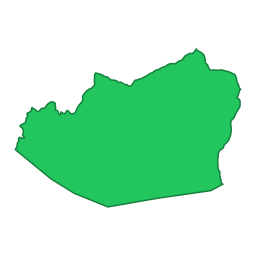 Dewathang, Samdrup Jongkhar, Bhutan
{"feature_id": "84629894B17444418606578", "entity_name": "Dewathang", "entity_type": "district", "adm_level": 2, "iso_a3": "BTN", "parent_name": "Bhutan", "parent_adm1": "Samdrup Jongkhar", "projection": "mercator", "projection_center": [91.51, 26.857], "detail": "fine", "context": "isolated", "style": "filled", "palette": "green", "viewbox_px": 256, "rotation_deg": 0, "n_neighbors": 0, "source": "geoboundaries", "source_scale": "gbopen_adm2", "svg_char_len": 3781}
<svg xmlns="http://www.w3.org/2000/svg" viewBox="0 0 256 256"><path d="M228.2,71.6L225.0,70.8L221.9,69.9L217.9,70.3L212.4,69.9L210.4,70.4L209.4,69.1L208.2,66.9L207.7,65.0L207.0,64.3L205.5,63.4L205.1,58.9L203.9,54.9L201.3,52.6L198.5,51.1L196.9,50.0L196.3,49.1L195.9,49.6L195.0,50.7L194.3,51.9L192.4,53.5L191.6,53.5L189.6,53.4L188.0,54.4L186.4,55.1L184.8,56.2L183.5,58.0L182.4,59.4L181.1,60.5L179.3,60.9L176.8,62.6L175.2,63.6L173.9,64.0L172.9,63.6L171.5,63.6L169.7,63.9L168.3,64.4L167.0,65.2L165.6,66.4L162.6,67.3L160.4,68.5L159.0,69.3L156.4,70.0L154.8,70.8L153.8,71.6L152.2,72.8L150.6,73.2L148.3,74.7L145.9,76.2L143.4,77.5L141.1,78.7L138.7,79.3L136.5,80.1L134.8,80.3L134.3,81.1L133.6,82.6L132.9,83.3L132.0,84.6L131.6,85.2L131.1,85.7L130.2,86.1L129.4,86.1L128.7,85.9L128.2,85.6L127.2,84.9L127.0,84.6L125.8,84.5L125.0,84.4L124.3,84.3L123.7,84.0L123.0,83.5L122.0,82.8L121.4,82.3L120.9,82.2L120.2,82.2L119.4,82.6L118.9,82.5L118.3,82.2L117.7,81.7L116.6,80.9L115.4,80.4L114.3,80.2L113.9,80.1L113.3,80.1L112.4,80.1L111.6,80.0L111.0,79.7L109.9,79.4L109.3,78.6L108.2,77.4L106.6,76.8L104.9,76.6L103.6,75.8L101.5,74.6L96.7,73.2L95.6,73.0L94.9,74.2L94.5,75.7L94.5,76.5L94.7,78.6L94.2,79.7L94.4,81.2L94.7,83.6L94.3,85.4L93.1,86.7L91.9,87.9L90.6,88.7L89.7,88.8L88.5,89.6L87.6,90.2L86.3,91.2L85.4,92.2L84.5,93.4L83.3,94.9L82.8,95.9L82.5,96.8L82.6,98.2L82.7,99.3L82.4,101.2L81.2,102.6L80.1,103.9L79.1,105.1L78.2,106.4L77.3,107.9L76.6,109.4L76.0,111.0L75.2,112.6L74.6,113.0L73.7,113.5L72.2,113.7L71.2,113.8L70.0,113.0L68.6,111.3L67.5,110.4L66.9,110.7L66.1,111.6L65.2,113.2L64.6,113.7L63.6,113.5L62.6,113.0L61.8,112.3L61.1,112.0L60.8,112.2L60.8,113.2L60.6,113.9L60.2,114.8L59.5,114.6L58.7,113.5L58.1,111.7L57.7,110.7L56.7,110.2L55.8,110.1L55.3,109.6L55.5,108.5L55.6,107.5L55.5,106.5L55.3,105.4L55.1,104.3L55.3,103.4L54.8,103.0L53.7,102.1L52.3,101.9L51.2,101.9L49.5,102.7L48.4,103.5L46.8,105.0L45.7,106.8L44.9,108.0L44.5,108.1L43.2,108.3L42.0,108.3L41.3,108.6L40.5,109.5L39.6,110.5L38.7,111.2L37.6,111.7L36.9,111.6L36.4,110.9L35.7,109.7L35.0,109.3L34.0,109.2L33.3,108.7L32.6,107.8L32.1,107.5L31.8,108.1L31.5,108.5L31.5,109.7L31.0,110.9L30.5,111.5L29.0,112.4L27.9,112.8L27.4,113.2L27.1,113.4L26.9,114.0L27.5,115.2L27.7,115.8L27.5,116.5L26.3,117.8L26.3,119.1L26.2,119.7L25.7,121.0L25.5,121.6L25.4,122.5L24.8,123.0L23.8,123.5L21.7,124.5L20.7,124.9L20.2,125.5L20.1,126.3L20.5,126.8L21.4,127.4L21.9,127.8L22.6,128.5L23.3,130.4L23.6,131.8L23.4,132.8L23.0,133.3L22.6,134.2L22.6,135.1L22.9,135.7L23.6,136.7L24.5,137.4L24.4,138.1L24.0,138.3L22.9,138.3L22.0,138.1L20.7,137.5L19.8,137.4L19.0,137.8L18.5,138.5L18.5,139.4L18.8,140.5L18.7,141.3L18.5,141.7L17.7,142.4L17.3,143.5L17.2,144.5L17.1,145.7L16.9,147.0L16.3,147.7L15.9,148.3L15.4,149.7L51.0,178.9L58.0,183.3L74.4,193.4L107.8,206.9L145.3,200.4L147.3,200.0L160.6,197.8L210.9,190.6L222.8,184.2L222.5,183.9L222.1,183.6L221.5,182.7L221.3,182.2L221.1,181.6L220.9,181.1L220.7,180.7L220.9,180.0L221.0,179.5L220.7,178.9L220.4,178.4L220.3,177.3L219.9,175.8L219.7,174.3L219.7,173.6L219.9,172.9L219.8,171.9L219.6,171.1L218.8,170.6L218.2,170.0L218.2,168.6L218.0,166.6L217.9,164.6L217.7,162.2L217.8,160.6L217.7,158.8L218.2,157.0L218.2,155.7L218.3,153.8L218.6,152.5L219.6,150.7L220.6,149.6L222.0,149.1L223.2,147.9L223.9,146.1L224.2,144.9L225.6,143.7L227.0,142.3L228.0,141.0L228.9,139.8L229.4,138.2L230.2,136.3L231.0,133.0L231.1,131.0L231.3,129.4L231.0,126.6L230.8,124.2L230.7,121.7L231.5,120.3L232.5,119.3L234.4,117.2L235.2,114.6L236.4,112.6L237.9,109.9L238.9,108.5L240.0,106.3L240.1,103.6L240.0,101.9L240.1,100.8L239.2,99.4L237.7,98.0L236.9,97.4L238.1,95.5L238.8,93.3L239.4,90.8L240.6,89.3L240.0,88.7L239.6,88.3L238.9,86.7L238.4,84.6L236.8,81.4L236.5,78.7L235.6,76.0L234.6,74.3L233.1,73.8L230.8,72.6L228.2,71.6Z" fill="#22c55e" stroke="#15803d" stroke-width="1.5"/></svg>